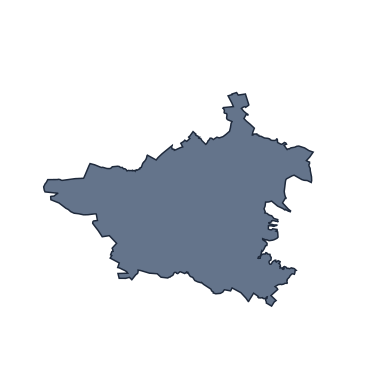 outline of Nusfalau, Salaj, Romania, rotated 31°
{"feature_id": "2599482B13357577818513", "entity_name": "Nusfalau", "entity_type": "district", "adm_level": 2, "iso_a3": "ROU", "parent_name": "Romania", "parent_adm1": "Salaj", "projection": "equal_earth", "projection_center": [22.717, 47.205], "detail": "fine", "context": "isolated", "style": "filled", "palette": "slate", "viewbox_px": 384, "rotation_deg": 31, "n_neighbors": 0, "source": "geoboundaries", "source_scale": "gbopen_adm2", "svg_char_len": 6115}
<svg xmlns="http://www.w3.org/2000/svg" viewBox="0 0 384 384"><g transform="rotate(31 192 192)"><path d="M174.0,303.5L179.6,300.2L182.3,297.4L185.6,298.2L186.4,292.0L187.3,289.8L186.9,288.2L186.0,286.7L188.6,285.7L197.3,283.5L204.3,280.0L209.3,281.0L215.5,278.2L216.4,276.6L217.1,276.1L217.3,275.2L218.4,273.4L218.5,272.1L218.2,271.3L218.4,270.2L218.7,269.7L219.7,269.2L220.7,269.6L221.8,269.3L222.7,266.6L223.0,266.4L227.8,265.6L228.6,263.4L229.6,264.0L229.8,263.0L233.2,265.0L234.5,265.2L236.6,264.8L240.0,266.4L243.1,266.1L246.9,265.0L246.8,264.7L247.1,264.7L249.4,265.2L257.9,265.5L258.6,265.7L259.6,266.6L261.9,266.8L262.2,267.6L264.8,267.0L268.5,264.3L269.9,261.9L270.1,259.1L276.0,256.9L275.8,253.6L285.7,253.1L292.9,255.2L297.2,257.1L296.8,256.6L296.9,247.0L302.6,247.4L302.6,248.1L303.7,248.4L305.4,247.4L306.9,246.2L307.6,246.6L308.7,246.4L310.1,245.0L310.1,243.5L310.5,243.1L311.0,244.5L310.3,246.0L311.1,247.1L312.3,247.8L312.9,248.9L319.0,248.8L319.1,243.9L320.0,241.7L313.0,240.1L315.7,231.4L314.7,230.7L311.9,230.3L313.8,226.8L315.7,225.4L316.5,225.2L318.1,223.6L318.6,222.5L320.5,221.3L320.4,220.8L319.1,219.4L319.1,218.7L318.8,218.5L318.7,217.5L319.3,214.8L319.2,213.1L319.8,210.9L320.3,210.3L322.1,209.8L321.8,208.3L320.9,206.5L321.7,205.5L319.2,205.0L317.9,205.3L317.3,205.8L316.7,205.6L316.1,206.0L315.0,207.6L313.5,207.9L312.9,208.6L311.5,208.0L309.7,208.2L309.1,209.0L310.5,210.4L310.0,211.4L309.5,211.5L309.4,210.7L308.6,210.4L308.3,210.7L308.5,211.1L307.9,211.0L307.2,211.2L306.7,211.8L306.5,211.3L305.7,210.8L306.1,210.2L305.5,209.4L304.0,208.4L303.3,208.6L303.3,208.3L303.6,208.1L303.7,207.5L303.4,206.3L301.2,206.5L300.4,208.6L299.6,208.5L299.4,207.8L298.9,207.3L298.1,207.9L297.0,210.3L297.0,212.6L296.8,213.4L296.0,213.8L294.6,213.0L294.0,212.3L293.9,211.1L294.7,209.6L293.7,207.4L291.8,206.4L291.0,205.3L288.9,206.2L287.6,205.7L286.6,205.9L286.5,206.3L287.0,207.0L286.8,207.3L284.8,208.6L283.8,210.5L284.1,212.7L284.6,213.6L283.3,214.6L282.7,214.8L282.4,213.4L282.8,212.8L283.4,212.4L283.5,211.5L283.1,209.2L282.3,207.5L282.2,206.8L282.7,207.2L283.0,206.7L283.1,203.2L282.8,202.2L283.0,200.7L282.7,200.3L283.0,199.7L283.7,199.2L283.0,197.6L282.3,197.1L280.5,196.6L277.5,196.5L277.1,196.4L276.6,195.6L280.4,194.9L280.6,194.4L283.0,194.1L283.6,193.7L286.0,191.7L287.1,190.4L288.7,187.9L289.0,186.4L286.0,182.1L284.1,182.3L284.3,181.9L284.9,181.2L284.2,180.3L280.1,182.0L279.8,183.3L278.8,184.0L277.4,184.4L276.5,184.4L274.9,181.6L277.3,180.2L279.9,179.3L280.8,178.0L281.6,177.3L281.8,176.7L281.2,176.8L279.5,177.9L274.4,179.5L273.7,178.7L274.8,177.7L275.5,176.6L275.5,175.9L275.2,175.6L275.7,174.9L278.4,174.0L278.9,174.0L279.6,173.5L280.9,173.3L281.0,173.0L280.0,172.3L279.7,171.5L275.8,172.5L272.5,171.3L270.7,171.9L269.4,172.0L267.3,171.7L265.2,172.4L265.0,171.3L262.4,169.3L261.9,166.4L260.3,162.8L262.8,161.1L264.9,158.8L272.7,160.0L278.4,159.4L280.8,159.6L281.1,159.4L281.0,158.8L284.3,158.8L286.4,158.3L286.2,157.4L283.5,157.1L275.2,154.7L275.2,149.5L275.8,149.2L275.8,148.7L275.0,148.4L273.1,146.8L270.8,144.1L266.7,134.9L266.1,133.1L266.3,131.9L267.1,130.6L269.6,126.4L270.9,125.0L279.7,124.8L282.1,124.2L284.9,122.8L289.3,122.4L288.7,120.6L286.6,117.4L282.5,112.9L281.0,110.8L279.5,109.9L278.1,108.5L278.2,107.2L277.3,105.8L276.2,106.1L273.9,106.2L274.9,101.4L275.3,95.4L270.8,96.3L265.9,96.2L259.9,97.6L258.3,98.8L257.1,100.6L254.3,103.0L253.7,103.7L253.4,104.7L252.1,105.6L251.7,106.6L246.8,104.5L248.4,102.3L247.1,101.7L245.6,102.0L245.4,102.9L244.3,104.9L243.5,105.2L239.9,105.5L237.9,102.8L237.2,103.0L237.4,104.0L236.1,105.4L233.9,106.6L232.3,106.9L231.4,106.5L229.5,106.9L226.3,108.4L222.5,108.7L220.7,109.5L220.0,108.9L218.4,109.4L217.7,108.8L214.8,110.8L214.9,111.8L214.3,112.1L213.3,109.3L212.6,105.2L207.1,104.0L202.4,103.3L198.7,102.3L198.5,97.6L200.2,97.3L200.0,96.7L197.6,96.6L194.7,96.1L191.3,94.9L192.2,92.9L193.1,91.9L193.6,91.5L194.4,91.8L195.9,88.4L195.7,87.9L187.3,80.5L181.7,85.1L179.0,83.8L175.8,87.4L176.2,87.8L173.4,91.0L180.5,95.3L183.5,97.5L175.4,103.5L175.4,104.3L176.0,104.2L177.7,105.3L178.7,107.5L179.4,107.6L181.3,107.0L181.9,107.5L182.4,108.2L183.5,110.7L184.1,111.3L185.2,111.7L190.0,111.0L190.2,113.1L191.8,117.0L192.9,120.6L191.5,125.0L190.1,128.5L187.5,131.6L185.1,132.2L183.2,136.1L181.2,135.8L179.8,136.5L179.8,138.7L179.4,140.0L179.7,141.2L179.6,142.4L179.5,143.4L179.2,144.1L173.9,142.8L171.8,141.6L170.6,142.3L170.0,142.3L170.1,141.2L169.3,141.6L168.3,141.1L166.2,141.4L165.4,141.0L165.5,140.4L161.8,139.7L161.3,145.8L161.0,145.9L160.8,146.7L162.6,147.3L161.4,151.3L159.1,151.3L158.8,152.9L157.3,156.0L160.8,158.1L159.0,160.2L156.6,163.8L156.0,164.6L155.6,164.7L155.3,165.3L154.6,164.7L153.5,165.0L153.0,165.4L152.5,165.1L151.0,163.4L151.2,162.5L151.1,162.3L146.7,174.5L145.2,179.9L144.8,183.0L134.8,183.4L134.7,183.8L135.5,186.4L135.7,187.9L135.6,189.4L135.5,190.4L135.2,190.9L135.3,191.3L135.0,192.7L135.9,197.0L135.0,197.9L135.4,198.8L135.0,199.1L134.9,199.8L134.6,199.9L133.8,201.5L132.8,201.7L132.9,202.3L132.3,202.9L132.4,203.2L131.9,203.0L131.4,203.7L130.5,203.9L130.1,204.4L129.7,204.1L129.1,204.9L127.6,205.6L127.3,206.0L126.4,206.2L125.5,207.3L125.1,207.4L124.3,206.8L122.9,206.6L122.3,206.7L121.3,207.4L119.7,206.8L118.1,207.8L116.5,207.6L115.0,208.2L110.7,211.4L110.1,213.6L109.1,214.5L106.9,215.7L102.7,216.8L102.0,217.5L100.5,217.9L94.6,218.8L89.4,220.3L89.8,220.3L90.1,220.8L90.1,222.0L91.6,232.4L92.0,235.8L91.8,236.2L85.0,240.7L74.9,248.8L74.1,249.2L72.4,249.3L71.0,249.9L70.1,250.7L62.0,255.7L62.2,259.1L61.9,260.3L62.2,264.0L64.4,266.5L66.0,267.6L78.0,262.0L77.2,263.0L75.8,266.6L73.3,268.4L73.2,268.7L75.0,271.3L83.7,269.9L92.3,270.9L95.0,270.7L98.1,271.3L101.9,270.9L106.1,269.0L110.8,267.4L114.6,265.0L119.8,260.9L121.0,260.2L121.5,260.4L125.6,265.1L122.6,267.5L122.4,268.0L122.4,268.7L123.0,270.0L124.6,270.7L131.5,273.4L138.1,276.6L143.6,272.0L153.8,274.8L152.5,281.3L153.9,282.3L154.4,283.1L154.9,283.5L154.0,284.4L154.6,287.8L156.0,287.8L155.9,290.8L166.2,290.3L167.2,295.0L168.7,294.5L175.2,293.9L177.2,294.0L178.7,294.7L170.5,300.0L174.0,303.5Z" fill="#64748b" stroke="#1e293b" stroke-width="1.5"/></g></svg>